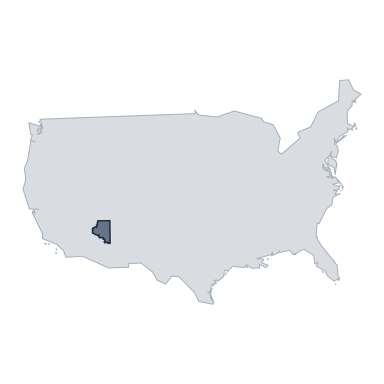 Coconino, Arizona, United States of America shown in context
{"feature_id": "52423323B62960071172507", "entity_name": "Coconino", "entity_type": "district", "adm_level": 2, "iso_a3": "USA", "parent_name": "United States of America", "parent_adm1": "Arizona", "projection": "albers", "projection_center": [-112.498, 35.631], "detail": "fine", "context": "in_parent", "style": "filled", "palette": "slate", "viewbox_px": 384, "rotation_deg": 0, "n_neighbors": 0, "source": "geoboundaries", "source_scale": "gbopen_adm2", "svg_char_len": 5629}
<svg xmlns="http://www.w3.org/2000/svg" viewBox="0 0 384 384"><path d="M318.3,111.8L338.5,100.8L339.7,80.6L348.5,79.8L353.4,89.7L361.0,94.2L354.2,100.4L354.7,102.4L352.3,100.7L352.1,105.6L347.2,111.3L347.4,123.3L352.9,126.0L355.0,124.4L353.6,122.8L354.7,123.3L355.9,125.4L349.6,130.0L347.3,128.2L347.9,131.7L340.1,135.9L335.7,142.6L335.4,140.0L334.2,138.7L334.7,144.9L336.9,145.2L338.2,150.2L336.4,158.0L330.5,155.9L331.7,151.1L329.6,154.9L332.5,158.7L335.3,160.4L336.7,163.0L335.1,175.0L334.3,168.1L327.9,163.9L328.3,156.6L324.9,160.1L329.8,168.7L324.7,167.5L323.4,168.3L323.6,164.9L323.2,164.1L322.6,166.9L323.3,168.8L330.8,170.0L330.0,172.2L326.1,170.1L324.8,169.9L329.7,172.5L331.5,172.6L331.5,175.3L328.9,174.2L333.2,176.6L332.7,177.4L330.6,176.1L326.4,176.7L332.4,178.3L335.4,177.0L341.6,184.3L336.5,178.9L338.9,182.8L332.9,184.1L338.6,186.7L340.1,184.7L339.0,189.5L333.0,190.3L337.1,191.0L334.9,194.0L338.8,194.1L333.0,197.4L331.9,204.8L326.6,208.6L319.0,223.8L317.1,223.1L316.1,235.0L316.6,237.6L321.0,245.0L337.2,265.5L338.3,278.9L334.0,281.1L327.5,275.9L324.9,270.7L316.5,266.3L317.8,262.8L314.8,263.9L313.6,255.2L303.8,249.3L293.0,254.5L289.7,250.2L278.5,252.8L279.4,250.6L277.9,253.0L273.1,255.2L272.1,251.5L271.9,254.3L256.7,258.7L263.7,259.1L262.2,263.0L268.0,265.2L265.9,267.6L259.3,264.4L259.7,268.0L251.7,268.2L246.4,264.7L244.3,267.5L232.4,266.4L226.7,272.4L228.2,270.8L224.4,270.2L223.7,276.5L217.4,281.6L218.8,280.2L214.1,280.3L216.1,282.1L211.1,285.5L210.1,292.5L207.5,291.8L209.8,293.2L211.2,299.3L213.9,302.7L212.5,304.2L198.7,301.4L194.6,292.8L178.7,276.5L171.6,276.3L165.7,284.1L157.0,280.1L152.6,272.0L141.0,263.0L128.5,263.6L128.7,267.3L108.6,267.9L82.6,256.3L65.7,257.2L63.6,250.7L56.8,244.4L42.5,238.6L42.7,234.1L32.3,212.9L32.9,210.9L35.1,213.8L33.9,209.2L39.1,209.3L29.4,208.9L23.0,189.3L25.8,179.5L24.3,168.1L27.5,161.2L30.9,140.7L35.3,141.8L30.5,140.2L32.4,134.8L30.7,134.7L28.9,122.8L39.6,126.0L36.9,131.9L40.8,127.9L40.0,133.0L37.3,133.9L39.1,134.4L41.4,132.5L42.5,127.4L40.2,119.2L195.5,113.6L195.0,110.6L198.8,115.0L217.2,117.0L234.2,111.0L261.5,118.3L263.6,121.6L273.4,124.9L280.2,138.1L277.7,151.2L281.6,154.0L300.2,138.0L297.6,133.1L299.1,131.6L310.6,127.0L318.3,111.8ZM343.5,137.2L346.8,135.1L335.8,143.5L344.3,135.3L343.5,137.2ZM40.6,124.1L41.8,127.5L41.6,128.0L39.9,125.4L40.6,124.1ZM213.5,301.7L211.0,296.5L210.6,293.5L211.4,296.6L213.5,301.7ZM355.2,100.4L355.9,101.9L355.2,101.8L355.2,100.4ZM246.9,266.3L247.5,267.5L246.0,266.7L246.9,266.3ZM47.8,244.2L49.5,243.6L49.6,243.8L47.8,244.2ZM46.0,243.5L45.3,244.4L44.8,243.5L46.0,243.5ZM352.8,128.8L352.3,130.2L351.9,130.1L352.8,128.8ZM211.2,290.5L210.6,293.1L212.2,288.0L211.2,290.5ZM332.2,258.7L335.3,262.7L331.7,258.3L332.2,258.7ZM56.2,248.8L56.8,250.2L56.1,248.9L56.2,248.8ZM339.3,279.3L338.3,281.2L339.6,277.4L339.3,279.3ZM343.2,187.0L342.5,189.4L342.0,184.7L343.2,187.0ZM39.4,121.4L39.3,122.3L38.7,121.8L39.4,121.4ZM216.3,283.0L214.0,284.5L216.3,282.7L216.3,283.0ZM356.3,127.7L356.7,128.9L355.6,129.1L356.3,127.7ZM55.9,252.5L56.4,254.1L55.7,252.7L55.9,252.5ZM213.5,285.6L212.6,286.3L213.3,285.2L213.5,285.6ZM336.8,165.1L336.3,168.1L336.7,164.1L336.8,165.1ZM226.2,273.6L224.7,274.9L226.7,272.8L226.2,273.6ZM316.8,236.1L317.1,238.1L316.6,236.8L316.8,236.1ZM339.5,194.2L339.1,194.8L340.0,192.8L339.5,194.2ZM297.0,252.9L295.4,254.5L294.6,254.5L297.0,252.9ZM272.3,255.0L272.0,255.4L270.9,255.6L272.3,255.0ZM322.8,271.5L323.5,272.8L322.4,271.4L322.8,271.5ZM268.0,259.0L268.0,260.3L267.4,258.1L268.0,259.0ZM335.9,284.0L334.9,284.5L336.3,283.6L335.9,284.0ZM338.2,151.1L338.0,152.6L338.1,150.6L338.2,151.1ZM341.5,190.2L341.0,190.8L340.9,190.8L341.5,190.2Z" fill="#d9dde1" stroke="#a8b0b8" stroke-width="1"/><path d="M92.5,233.0L92.8,233.0L93.0,233.0L93.3,233.2L93.6,233.2L93.7,233.3L93.8,233.5L94.2,233.7L94.9,234.2L95.0,234.3L95.1,234.5L95.6,234.6L96.2,234.8L96.4,234.9L96.6,234.9L96.8,234.9L97.0,234.9L97.1,235.0L97.3,235.0L97.5,235.2L97.6,235.4L97.9,235.5L98.2,235.4L98.4,235.5L98.6,235.3L98.6,235.6L98.6,236.2L99.3,236.2L99.3,237.7L101.4,237.7L101.5,237.6L102.9,237.6L103.1,237.6L103.1,238.9L103.1,239.1L103.7,239.1L104.6,239.1L104.7,240.4L104.7,241.6L104.6,241.8L104.9,241.8L104.9,241.6L105.0,241.6L104.9,241.6L104.9,241.8L105.0,241.9L105.0,242.1L104.9,242.2L104.7,242.2L104.8,242.3L105.0,242.2L105.3,242.3L105.3,242.2L105.5,242.0L105.6,242.3L105.5,242.5L105.8,242.4L105.7,242.4L105.7,242.2L105.8,242.2L106.0,242.1L106.4,242.1L106.7,242.0L106.7,241.9L106.8,242.1L107.0,242.3L107.4,242.4L107.5,242.6L107.8,242.4L108.2,242.6L108.1,242.8L108.3,242.7L108.2,242.7L108.4,242.7L108.5,242.8L108.8,243.1L109.1,243.2L109.3,243.4L109.5,243.5L109.7,243.4L109.5,243.1L109.8,243.2L110.0,243.2L110.1,243.3L110.1,243.5L109.8,220.7L107.7,220.7L107.2,220.7L106.4,220.7L106.3,220.8L105.4,220.8L97.9,220.8L97.9,221.0L98.0,221.1L97.9,221.3L97.9,221.5L97.7,221.7L97.7,221.9L97.6,222.0L97.5,222.3L97.5,222.5L97.4,222.5L97.4,222.8L97.4,223.0L97.3,223.3L97.3,223.5L97.2,223.5L97.3,223.5L97.3,223.8L97.3,224.0L97.3,224.3L97.2,224.4L97.2,224.5L97.1,224.8L97.2,225.0L97.3,225.0L97.2,225.0L97.3,225.1L97.3,225.3L97.2,225.3L97.2,225.5L97.3,225.6L97.3,225.8L97.2,226.0L97.0,226.3L96.9,226.2L96.7,226.2L96.7,226.3L96.6,226.5L96.5,226.4L96.4,226.5L96.2,226.6L96.2,226.8L96.1,226.7L95.9,226.8L95.7,226.8L95.5,227.0L95.4,227.0L95.2,227.1L94.9,227.2L94.7,227.1L94.5,227.3L94.3,227.4L94.3,227.5L94.2,227.5L93.9,227.7L93.7,227.7L93.6,227.8L93.4,228.0L93.3,228.3L93.2,228.4L92.9,228.3L92.7,228.3L92.6,228.5L92.4,228.7L92.4,228.8L92.5,229.0L92.5,229.3L92.6,229.5L92.5,229.8L92.7,230.0L92.7,230.3L92.6,230.5L92.5,233.0Z" fill="#64748b" stroke="#1e293b" stroke-width="1.5"/></svg>